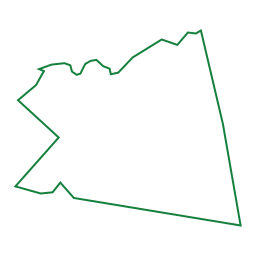 outline of Nueva Helvecia, Colonia, Uruguay
{"feature_id": "84410073B82760199523865", "entity_name": "Nueva Helvecia", "entity_type": "district", "adm_level": 2, "iso_a3": "URY", "parent_name": "Uruguay", "parent_adm1": "Colonia", "projection": "robinson", "projection_center": [-57.23, -34.305], "detail": "fine", "context": "isolated", "style": "outline", "palette": "green", "viewbox_px": 256, "rotation_deg": 0, "n_neighbors": 0, "source": "geoboundaries", "source_scale": "gbopen_adm2", "svg_char_len": 481}
<svg xmlns="http://www.w3.org/2000/svg" viewBox="0 0 256 256"><path d="M240.6,225.5L222.9,123.9L200.9,30.5L195.9,33.5L187.9,32.5L177.3,44.9L161.7,39.5L132.7,57.4L118.2,72.7L110.8,74.2L109.6,68.7L103.1,66.1L96.4,59.9L90.5,60.9L85.2,64.0L80.4,73.6L76.7,74.8L72.0,71.6L70.3,65.3L64.5,63.2L51.5,64.6L39.1,69.1L43.9,71.1L36.1,85.0L18.0,100.2L58.7,137.5L30.8,169.0L15.4,186.4L40.7,193.5L52.6,192.3L60.3,182.6L73.9,198.0L240.6,225.5Z" fill="none" stroke="#15803d" stroke-width="2"/></svg>